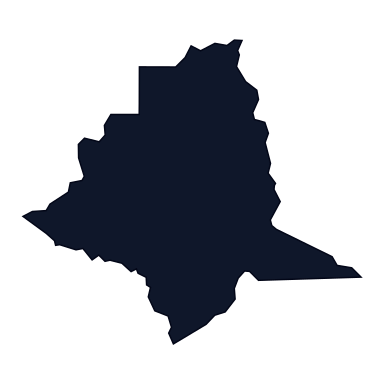 Silver Bow, Montana, United States of America (Mercator projection)
{"feature_id": "52423323B9619411594727", "entity_name": "Silver Bow", "entity_type": "district", "adm_level": 2, "iso_a3": "USA", "parent_name": "United States of America", "parent_adm1": "Montana", "projection": "mercator", "projection_center": [-112.671, 45.905], "detail": "fine", "context": "isolated", "style": "filled", "palette": "ink", "viewbox_px": 384, "rotation_deg": 0, "n_neighbors": 0, "source": "geoboundaries", "source_scale": "gbopen_adm2", "svg_char_len": 1117}
<svg xmlns="http://www.w3.org/2000/svg" viewBox="0 0 384 384"><path d="M173.4,343.9L206.1,324.3L214.8,315.2L225.2,311.9L235.1,299.1L234.3,288.4L238.2,278.1L244.6,271.0L249.6,271.4L258.5,280.3L361.0,277.1L351.7,267.8L337.1,265.4L332.1,256.7L276.4,229.4L271.8,225.6L270.3,219.9L280.2,201.6L274.0,189.5L274.4,185.4L275.5,183.4L268.1,173.2L270.5,163.4L265.1,142.5L268.4,133.3L264.8,122.4L259.4,120.8L254.4,119.5L252.7,112.7L258.5,99.5L256.8,90.2L245.6,81.6L236.5,66.6L239.3,54.9L237.6,50.5L242.0,40.5L234.3,40.1L227.0,45.5L214.9,43.4L200.6,50.8L191.1,45.9L185.1,57.6L175.7,67.0L139.4,66.9L139.3,103.9L139.3,104.1L139.2,114.5L110.9,114.5L104.4,125.4L105.2,135.0L99.2,141.8L84.5,138.2L78.4,144.4L78.6,157.9L84.3,176.3L82.0,180.5L70.3,182.8L68.4,192.1L50.0,204.1L46.2,210.6L32.4,211.5L23.0,216.4L46.0,233.2L54.5,240.7L55.6,245.3L59.7,244.7L76.0,249.8L82.9,248.5L92.1,259.9L98.8,255.1L105.0,261.3L110.0,260.2L121.9,263.2L131.1,271.6L136.4,268.9L138.1,273.3L146.2,277.3L146.6,284.9L150.5,287.4L148.3,296.9L154.8,310.8L168.1,316.0L171.5,327.3L168.7,333.1L173.4,343.9Z" fill="#0f172a" stroke="#020617" stroke-width="1.5"/></svg>